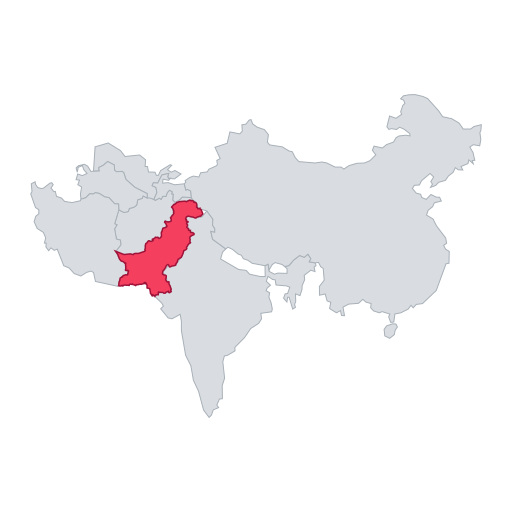 Pakistan and the surrounding countries
{"feature_id": "PAK", "entity_name": "Pakistan", "entity_type": "country or territory", "adm_level": 0, "iso_a3": "PAK", "parent_name": "Asia", "parent_adm1": "", "projection": "equal_earth", "projection_center": [69.806, 30.395], "detail": "fine", "context": "with_neighbors", "style": "filled", "palette": "rose", "viewbox_px": 512, "rotation_deg": 0, "n_neighbors": 7, "source": "natural_earth", "source_scale": "50m", "svg_char_len": 13417}
<svg xmlns="http://www.w3.org/2000/svg" viewBox="0 0 512 512"><path d="M93.5,171.1L95.1,146.8L108.2,143.0L120.5,150.6L125.0,156.5L139.6,155.0L145.6,159.8L145.1,166.5L147.5,166.5L148.5,172.0L155.0,172.2L156.4,175.4L158.3,175.4L160.6,170.6L170.2,164.7L171.7,165.3L167.5,169.7L171.2,172.2L174.9,170.5L181.0,174.0L174.5,178.9L168.4,178.4L167.7,176.5L168.7,173.4L161.9,175.0L157.7,183.1L153.4,182.7L152.1,185.7L155.9,187.4L156.9,192.5L153.9,199.5L147.1,198.0L147.3,193.7L135.0,187.4L126.0,179.5L123.7,172.6L122.1,171.4L116.5,171.7L114.6,170.3L114.3,165.0L107.7,161.5L103.2,165.3L98.7,167.6L99.3,171.0L93.5,171.1Z" fill="#d9dde1" stroke="#a8b0b8" stroke-width="1"/><path d="M315.3,262.9L316.0,265.7L314.1,267.0L315.0,271.6L310.9,270.2L304.2,275.3L304.7,279.6L302.1,285.8L302.0,289.4L300.0,295.6L295.5,293.9L295.7,301.6L294.6,304.2L295.4,307.4L292.7,309.1L289.1,297.2L287.6,297.3L286.9,302.0L283.6,298.2L285.1,293.9L287.6,293.5L289.8,287.2L286.5,285.9L276.0,285.0L275.2,279.8L272.6,279.5L268.0,276.3L266.3,281.3L270.5,285.2L267.2,288.0L266.1,290.7L269.6,292.7L268.9,297.2L271.1,302.8L272.3,309.0L271.6,311.8L260.9,313.3L261.5,318.9L258.6,323.4L250.7,328.5L244.6,337.5L234.9,347.3L235.0,350.9L227.1,355.5L224.4,355.9L222.8,361.8L224.6,378.2L222.2,385.6L222.4,398.7L219.4,399.1L216.8,405.1L218.6,407.6L213.3,409.8L211.4,415.1L209.1,417.4L203.6,410.1L198.6,391.4L193.4,380.2L190.9,365.8L185.6,355.2L181.4,330.6L181.4,321.4L180.2,314.3L172.0,318.8L168.1,317.9L160.7,308.8L163.4,306.1L161.8,303.1L155.2,296.8L159.0,291.8L171.2,291.8L170.1,285.4L167.0,281.6L166.3,275.9L162.7,272.6L168.8,264.9L175.2,265.5L180.8,257.8L184.2,250.4L189.3,243.1L189.2,238.0L193.7,233.8L189.3,230.3L185.3,219.3L187.9,216.2L196.0,217.9L201.9,216.9L206.9,211.0L212.9,219.2L212.5,225.0L214.8,228.7L214.7,232.3L210.8,231.4L212.6,239.3L225.8,248.9L222.5,252.2L220.6,259.0L238.7,269.5L246.2,270.4L249.6,274.2L260.6,276.6L265.2,276.5L265.0,265.7L268.2,264.2L269.2,271.4L274.4,274.2L277.8,273.1L287.0,273.4L287.1,268.8L284.7,266.5L289.0,265.6L293.6,260.1L299.6,255.5L304.3,257.3L307.9,254.2L310.9,258.7L309.3,261.8L315.3,262.9Z" fill="#d9dde1" stroke="#a8b0b8" stroke-width="1"/><path d="M147.1,198.0L150.0,198.0L155.5,200.3L159.4,198.1L161.1,199.4L162.8,196.3L165.9,196.4L167.3,192.6L169.5,190.2L172.4,191.8L171.8,193.9L173.4,194.2L172.9,200.0L175.0,202.3L179.2,200.1L182.4,197.0L191.4,197.6L192.4,199.5L175.1,203.9L172.0,206.9L173.9,213.4L171.3,216.3L171.5,219.0L170.1,221.6L165.0,221.4L167.1,226.1L163.7,227.9L161.4,232.2L161.7,236.5L159.6,238.5L157.6,237.8L153.4,238.8L152.8,240.8L148.8,240.8L145.7,244.9L145.5,251.0L138.3,254.1L134.6,253.4L133.4,255.0L130.2,254.1L124.7,255.2L115.7,251.5L120.8,244.9L120.5,240.2L116.4,239.0L114.6,228.8L117.0,224.9L114.7,223.8L118.8,209.9L124.1,212.5L128.2,211.6L129.4,208.4L133.6,207.4L136.6,205.3L137.8,199.7L142.2,198.4L143.1,195.9L147.1,198.0Z" fill="#d9dde1" stroke="#a8b0b8" stroke-width="1"/><path d="M153.9,199.5L156.9,192.5L155.9,187.4L152.1,185.7L153.4,182.7L157.7,183.1L161.9,175.0L168.7,173.4L167.7,176.5L168.4,178.4L170.5,178.2L168.7,180.3L163.0,179.2L162.6,183.1L168.2,182.6L174.6,184.8L184.3,183.8L185.8,190.1L187.5,189.4L190.7,191.0L191.4,197.6L182.4,197.0L179.2,200.1L175.0,202.3L172.9,200.0L173.4,194.2L171.8,193.9L172.4,191.8L169.5,190.2L167.3,192.6L165.9,196.4L162.8,196.3L161.1,199.4L159.4,198.1L155.5,200.3L153.9,199.5Z" fill="#d9dde1" stroke="#a8b0b8" stroke-width="1"/><path d="M76.1,167.9L78.5,165.7L84.4,164.3L87.7,166.2L90.9,171.4L99.3,171.0L98.7,167.6L103.2,165.3L107.7,161.5L114.3,165.0L114.6,170.3L116.5,171.7L122.1,171.4L123.7,172.6L126.0,179.5L135.0,187.4L147.3,193.7L147.1,198.0L143.1,195.9L142.2,198.4L137.8,199.7L136.6,205.3L133.6,207.4L129.4,208.4L128.2,211.6L124.1,212.5L118.8,209.9L118.6,204.0L114.7,203.8L108.9,197.6L104.8,196.9L99.2,193.4L95.5,192.7L93.1,194.0L89.7,193.8L85.7,197.8L81.0,199.1L80.4,194.2L81.6,187.0L77.8,184.7L79.5,180.1L76.1,179.7L77.7,174.0L82.4,175.6L87.0,173.5L83.6,169.4L82.5,165.6L78.2,167.3L77.3,172.2L76.1,167.9Z" fill="#d9dde1" stroke="#a8b0b8" stroke-width="1"/><path d="M48.7,250.7L45.9,246.9L46.2,243.1L44.4,243.1L45.7,237.9L43.4,232.4L37.2,228.5L34.1,221.7L35.8,216.2L38.8,213.8L38.8,209.7L35.5,207.6L30.7,193.8L32.0,191.6L31.3,183.8L35.1,181.8L35.6,184.4L37.8,187.6L41.3,188.5L43.2,188.3L49.9,183.2L51.8,182.7L53.2,184.7L51.0,188.1L53.9,191.7L55.3,191.4L56.5,196.4L61.3,197.9L64.6,201.4L72.0,202.6L80.4,200.7L81.0,199.1L85.7,197.8L89.7,193.8L93.1,194.0L95.5,192.7L99.2,193.4L104.8,196.9L108.9,197.6L114.7,203.8L118.6,204.0L118.8,209.9L114.7,223.8L117.0,224.9L114.6,228.8L116.4,239.0L120.5,240.2L120.8,244.9L115.7,251.5L120.3,259.7L125.5,262.9L125.5,269.4L128.1,270.6L128.5,274.0L120.4,277.8L118.2,286.4L95.5,281.5L93.5,272.4L90.9,271.1L86.6,272.4L80.9,276.0L74.3,273.6L69.0,267.9L63.8,265.8L57.2,249.1L54.2,250.3L50.9,247.9L48.7,250.7Z" fill="#d9dde1" stroke="#a8b0b8" stroke-width="1"/><path d="M389.7,338.3L384.8,335.9L384.1,329.4L386.6,325.9L392.6,323.8L395.9,324.0L397.4,326.9L395.2,330.2L394.3,334.6L389.7,338.3ZM217.4,164.1L216.8,160.4L220.2,158.6L215.0,147.3L227.2,143.3L229.9,131.9L239.8,133.9L242.3,131.1L241.9,124.8L245.9,124.2L249.1,120.1L251.0,119.6L252.7,123.9L257.2,127.2L264.4,129.6L268.4,134.7L267.4,142.1L269.6,144.9L282.4,146.9L289.0,151.0L292.2,151.7L295.3,157.7L298.8,161.6L315.1,163.0L321.7,162.0L326.9,163.0L335.1,167.1L341.2,167.1L343.8,169.1L349.1,165.6L356.9,163.3L364.5,163.0L369.9,160.7L375.8,154.9L372.4,150.3L374.0,146.1L382.4,148.0L386.5,144.6L393.5,142.1L396.0,137.8L398.9,136.0L405.9,135.2L410.0,135.9L409.8,133.6L404.1,129.2L399.6,127.2L396.5,129.5L391.4,128.6L388.9,129.4L386.9,126.8L389.6,116.0L396.0,118.3L401.6,114.4L400.7,111.7L402.9,105.3L404.9,103.4L403.7,100.2L400.6,98.8L403.5,95.8L408.9,94.8L415.0,94.6L422.7,96.4L427.6,98.5L438.6,110.8L442.6,116.7L451.7,118.7L459.1,123.1L463.2,129.0L470.7,129.0L474.0,126.5L481.3,124.7L480.9,130.3L479.9,132.6L480.8,139.6L479.7,145.8L473.3,144.7L469.8,147.0L473.0,152.5L474.8,160.3L472.2,160.5L473.3,163.8L468.8,159.9L468.0,163.6L461.0,166.5L462.8,170.0L458.3,169.8L455.3,167.7L453.1,172.4L448.4,176.0L445.4,180.4L438.7,182.3L435.6,185.5L430.5,187.4L432.5,184.2L430.8,181.6L433.7,177.0L430.1,173.5L421.6,180.6L419.4,185.0L414.4,185.3L412.4,188.5L416.2,193.1L420.7,194.3L421.6,197.4L426.2,199.4L430.9,194.5L436.2,197.1L439.6,197.3L441.3,201.0L434.3,202.9L432.6,206.7L428.2,210.2L426.5,215.1L433.0,219.0L436.5,225.9L445.7,238.0L446.6,243.3L443.6,245.3L445.6,249.2L449.2,251.4L449.0,263.2L446.0,263.8L436.3,290.4L422.5,303.6L416.3,304.4L413.2,307.8L411.0,305.3L408.2,309.1L400.8,312.8L394.9,314.0L393.8,322.0L390.7,322.4L388.7,316.9L389.8,314.0L382.0,311.6L379.4,312.8L373.6,310.9L370.7,307.8L371.1,303.5L365.9,302.1L362.9,299.3L358.5,303.3L348.7,304.1L343.0,307.1L344.5,315.7L341.5,315.5L340.5,310.6L336.5,312.8L329.6,308.6L330.8,302.3L327.1,300.9L325.2,294.0L319.5,295.2L319.4,286.4L324.2,280.2L323.2,268.4L320.7,266.7L318.5,262.4L315.3,262.9L309.3,261.8L310.9,258.7L307.9,254.2L304.3,257.3L299.6,255.5L293.6,260.1L289.0,265.6L284.7,266.5L282.1,264.5L275.2,262.6L272.3,264.5L269.0,270.0L268.2,264.2L265.0,265.7L252.2,263.3L247.6,260.1L243.3,258.7L241.3,255.2L238.2,254.1L232.5,249.4L228.0,247.2L225.8,248.9L212.6,239.3L210.8,231.4L214.7,232.3L214.8,228.7L212.5,225.0L212.9,219.2L206.9,211.0L198.1,208.1L196.4,202.8L192.4,199.5L191.4,197.6L190.7,191.0L187.5,189.4L185.8,190.1L184.3,183.8L185.8,182.2L185.1,180.6L189.9,177.4L193.4,176.1L198.9,177.0L200.7,172.7L207.2,171.9L208.9,169.2L216.8,165.6L217.4,164.1Z" fill="#d9dde1" stroke="#a8b0b8" stroke-width="1"/><path d="M201.2,209.8L202.8,213.7L202.5,214.5L202.0,214.9L201.4,215.2L201.3,215.3L201.2,215.5L201.0,216.0L200.4,216.3L200.0,216.3L199.7,216.2L198.2,216.8L197.5,216.8L197.0,217.2L196.6,217.6L195.8,218.0L195.2,218.0L194.4,217.7L193.4,217.3L193.0,217.0L192.6,217.0L191.7,216.9L189.8,216.5L188.2,216.1L186.4,216.9L185.9,218.1L185.7,218.5L185.6,218.8L185.7,219.2L186.3,219.5L186.5,219.8L186.6,220.2L186.2,220.8L186.2,221.0L186.3,221.2L186.4,221.4L187.3,221.5L187.8,221.5L188.0,221.6L188.1,221.9L187.9,222.3L187.1,222.7L186.7,223.0L186.6,223.5L186.6,223.9L186.8,224.1L187.5,224.7L187.6,225.0L187.5,225.4L187.4,225.9L186.8,226.9L186.7,227.0L186.8,227.3L187.5,228.1L188.0,228.5L188.3,228.6L188.5,228.7L188.6,229.1L188.6,229.6L188.5,230.0L188.8,230.3L189.4,230.3L190.0,230.4L190.4,230.4L190.3,231.4L190.4,232.1L190.6,232.2L191.1,232.5L192.2,232.5L193.5,233.1L193.9,233.5L194.1,233.8L194.1,234.2L193.7,234.8L192.7,235.1L190.9,236.1L190.4,236.6L190.0,237.1L189.8,237.5L189.7,237.8L190.1,239.2L190.2,239.6L189.8,241.6L190.0,242.0L190.3,242.2L190.5,242.7L189.8,243.3L189.1,243.7L188.9,243.7L188.2,244.6L187.1,246.5L186.6,247.1L186.5,247.7L186.7,248.2L186.8,248.6L186.5,249.0L186.1,249.5L185.3,250.0L184.3,250.4L183.8,250.7L183.0,253.5L182.5,254.8L181.5,256.9L181.3,257.3L178.2,259.3L177.9,259.7L177.3,261.7L177.1,262.3L176.1,263.5L175.8,264.5L175.7,265.1L173.9,265.8L172.5,265.9L171.9,266.1L170.2,266.9L169.8,266.9L169.4,266.8L169.2,266.5L169.0,266.0L168.8,265.3L168.5,264.9L168.1,264.6L167.6,264.6L167.1,265.0L166.7,265.3L166.2,265.9L165.7,267.1L164.8,268.7L163.9,269.9L163.3,270.5L163.0,270.9L162.8,271.3L162.6,272.5L162.5,273.6L162.5,273.9L162.7,274.1L163.9,274.9L164.9,275.2L165.7,275.3L166.0,275.5L166.2,275.8L166.3,276.1L166.1,278.0L165.8,279.0L165.8,279.6L165.9,280.2L166.9,281.7L167.2,281.9L167.9,281.9L168.2,281.9L168.6,281.7L168.8,281.8L169.0,282.0L169.0,282.3L169.0,283.8L169.3,284.5L169.8,285.5L170.3,286.5L170.7,287.8L171.1,288.8L171.2,289.3L171.0,289.6L170.8,289.8L170.8,290.2L170.9,290.5L170.8,290.8L171.0,291.1L171.2,291.5L170.9,291.8L170.6,291.7L170.3,291.9L169.9,292.5L169.7,292.6L169.4,292.7L169.1,292.6L168.6,292.4L168.5,292.0L168.5,291.6L168.4,291.3L168.1,291.4L167.0,291.8L165.9,292.3L165.5,293.0L165.0,293.2L164.3,293.2L163.8,293.2L162.9,292.4L160.5,292.4L160.1,292.3L159.7,292.4L159.3,292.3L159.1,292.5L158.9,292.5L158.7,292.1L158.4,292.3L158.3,292.5L158.3,294.7L157.0,294.7L155.8,295.0L155.2,295.5L155.1,296.0L154.9,296.3L154.6,295.8L154.4,295.6L154.2,295.7L153.5,295.2L153.2,295.7L152.4,295.9L152.3,295.4L152.3,295.0L151.8,295.3L151.5,294.9L151.3,294.3L151.1,294.0L150.7,293.8L150.4,293.1L150.4,292.5L150.3,291.7L149.7,288.8L149.3,288.5L147.1,288.0L147.0,287.5L147.1,286.2L147.1,285.3L146.4,284.2L146.2,283.4L145.6,282.7L145.0,282.5L144.4,282.6L144.1,282.9L143.9,283.3L145.2,283.2L145.5,283.4L145.8,283.7L145.4,283.7L145.0,283.5L144.5,283.5L142.6,283.9L141.4,284.3L139.9,284.2L138.0,284.7L136.4,284.7L135.7,285.6L135.4,285.5L135.1,285.2L132.9,284.5L132.8,284.2L132.4,284.0L132.0,284.4L131.7,284.4L130.5,284.1L129.6,284.4L129.3,284.8L129.2,285.4L128.1,285.3L127.5,285.1L126.6,285.3L124.7,285.0L124.2,285.1L123.4,285.5L123.1,285.9L122.7,286.0L122.3,285.5L122.1,285.3L121.8,285.5L121.5,285.8L120.4,286.0L119.5,286.0L118.6,285.6L118.8,284.9L119.0,282.6L119.2,281.8L119.2,281.4L119.6,280.9L119.7,280.7L120.1,278.3L120.3,277.9L121.6,277.2L121.9,276.8L122.5,276.9L122.6,276.4L122.9,275.9L123.3,275.5L123.6,275.4L124.7,275.2L125.4,274.8L125.6,274.8L127.2,274.9L127.6,274.8L127.7,274.6L127.8,273.4L128.1,273.2L128.1,272.2L128.1,271.6L128.5,271.3L128.5,271.1L128.2,270.6L127.9,270.4L127.7,270.3L126.4,270.6L125.8,270.5L125.5,270.3L125.5,270.2L125.5,269.5L125.8,268.9L125.8,268.5L125.7,266.3L125.5,264.8L125.7,263.3L125.6,263.0L125.4,263.0L124.6,263.1L123.9,262.1L123.5,261.8L122.2,261.3L121.7,261.2L120.9,260.8L119.5,259.0L119.2,258.4L118.9,257.5L118.1,255.6L118.1,255.1L118.0,254.8L115.5,251.2L123.7,254.4L124.3,254.5L130.3,253.9L132.5,254.4L133.2,254.6L133.6,254.1L134.1,253.8L134.8,253.5L135.5,253.4L137.2,253.4L137.7,253.5L138.6,253.4L144.5,251.4L144.8,251.2L145.2,250.8L145.3,250.4L144.9,249.9L144.9,249.4L145.1,248.8L145.3,247.9L145.3,246.6L145.2,245.8L145.6,244.4L145.8,243.6L146.8,243.0L146.9,242.8L147.1,242.6L147.7,241.6L148.2,241.1L148.7,240.8L149.3,240.8L149.8,241.2L150.7,241.4L151.6,241.3L152.4,241.0L152.7,240.7L153.1,240.5L153.1,240.2L152.6,240.0L152.4,239.7L152.3,239.3L152.5,239.1L153.2,239.0L154.7,238.1L155.3,237.5L155.4,237.2L155.7,237.2L156.3,237.4L157.0,237.5L157.4,237.3L157.8,237.2L158.2,237.5L158.4,237.9L158.8,238.3L159.3,238.4L159.8,238.2L160.4,237.7L161.5,236.2L161.3,232.7L161.5,232.0L161.9,231.6L162.2,230.9L162.2,230.3L162.4,229.8L162.7,228.5L163.0,228.2L163.8,227.9L164.9,227.8L166.8,226.6L166.9,226.0L166.5,225.4L166.1,224.2L165.7,223.5L164.6,222.2L164.8,221.5L165.3,221.1L166.7,221.7L167.1,221.8L167.6,221.9L168.8,221.9L169.9,221.6L171.0,221.2L171.2,220.7L171.2,218.9L170.8,218.5L170.6,218.1L170.5,217.8L170.8,217.6L171.0,217.3L171.3,216.7L171.9,216.0L172.2,215.4L173.1,214.7L173.4,214.1L173.6,213.7L173.8,213.4L173.9,213.2L173.5,212.4L173.5,212.1L173.8,211.6L173.7,210.6L173.4,210.3L173.2,209.4L172.9,208.6L172.7,208.3L172.4,207.9L171.8,207.4L171.6,207.1L171.9,206.6L172.3,206.2L173.1,205.4L173.5,204.8L173.9,204.4L174.4,204.5L174.7,204.4L174.9,204.0L175.5,203.7L176.4,203.0L176.7,202.5L177.2,202.3L177.6,202.3L178.1,202.1L179.1,201.7L181.1,201.5L181.7,201.4L185.1,201.2L186.4,201.7L186.6,201.7L187.4,201.2L189.2,200.3L189.5,200.2L190.0,200.2L190.4,200.4L191.0,200.8L191.9,200.6L192.4,200.7L193.4,201.1L193.6,201.3L193.9,202.3L194.1,202.4L194.7,202.1L195.1,202.3L195.7,202.6L196.1,202.9L196.3,203.2L196.6,203.8L196.8,204.8L196.8,206.3L196.7,206.5L196.5,206.8L196.6,207.1L196.7,207.3L197.4,207.6L197.6,207.8L197.8,208.6L198.0,208.8L198.4,208.8L199.1,208.6L199.7,208.3L200.0,208.2L200.1,209.0L200.4,209.3L201.2,209.8Z" fill="#f43f5e" stroke="#9f1239" stroke-width="1.5"/></svg>